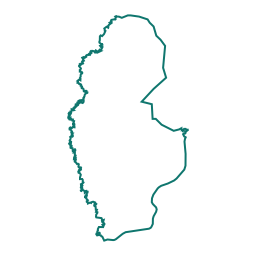 outline of General Alvear, Corrientes, Argentina
{"feature_id": "61730980B3479013569835", "entity_name": "General Alvear", "entity_type": "district", "adm_level": 2, "iso_a3": "ARG", "parent_name": "Argentina", "parent_adm1": "Corrientes", "projection": "mercator", "projection_center": [-56.591, -28.773], "detail": "fine", "context": "isolated", "style": "outline", "palette": "teal", "viewbox_px": 256, "rotation_deg": 0, "n_neighbors": 0, "source": "geoboundaries", "source_scale": "gbopen_adm2", "svg_char_len": 5594}
<svg xmlns="http://www.w3.org/2000/svg" viewBox="0 0 256 256"><path d="M115.4,16.5L116.1,17.1L115.4,18.2L115.6,19.2L115.3,19.5L113.9,19.4L111.4,19.9L110.7,21.4L110.7,21.8L111.6,21.9L111.6,23.0L111.1,23.3L110.4,22.6L109.6,22.8L110.1,23.6L109.9,24.2L108.8,24.9L108.7,25.4L108.0,26.0L108.4,26.9L108.2,27.7L106.5,26.8L104.3,28.5L104.8,29.8L104.7,30.7L105.4,31.0L104.0,34.1L102.1,36.1L100.7,35.4L99.9,36.3L99.8,40.4L99.3,42.0L99.5,42.7L101.2,44.0L102.1,44.0L102.4,44.8L100.1,45.8L100.8,46.8L101.7,46.4L102.5,47.0L101.2,49.7L99.8,49.5L99.1,50.4L99.3,51.0L100.2,50.6L101.0,50.9L97.6,52.5L97.4,52.1L98.2,51.4L97.3,51.3L96.5,52.3L95.8,51.9L95.7,51.4L96.9,51.1L95.8,50.4L95.1,51.8L95.4,52.5L94.9,52.5L94.5,52.0L94.6,51.3L92.0,50.8L91.7,51.0L91.7,51.8L91.1,51.9L90.6,51.4L90.3,51.9L90.3,52.5L90.9,53.2L90.5,53.3L90.3,54.1L89.7,53.4L89.0,53.8L88.9,54.3L89.5,54.7L89.0,55.0L87.3,54.8L86.3,55.4L86.0,56.0L86.4,56.0L86.3,56.8L85.6,57.2L85.3,56.9L84.6,57.9L84.3,57.8L84.4,57.3L83.8,57.0L82.2,57.7L83.9,60.7L83.1,61.1L82.7,60.8L82.1,61.6L82.9,63.0L82.5,63.1L82.7,63.6L81.9,63.9L81.6,63.3L81.0,63.9L80.1,63.8L79.8,64.0L80.3,65.2L79.1,65.6L79.0,66.1L80.9,68.4L80.4,69.8L79.8,70.0L79.8,71.5L80.5,71.4L80.7,71.9L82.0,72.2L82.3,72.9L82.1,73.4L81.3,73.4L80.6,75.0L80.7,76.5L80.0,77.8L80.5,78.6L80.4,80.3L79.1,79.6L77.8,80.6L77.5,80.9L78.0,81.1L78.0,82.0L77.5,82.8L79.1,83.4L79.2,84.0L80.6,84.1L81.1,84.7L80.6,85.7L82.0,86.4L82.1,86.9L81.5,87.2L81.7,88.2L82.7,88.3L83.5,89.0L83.8,91.3L84.5,91.6L85.1,90.9L85.9,90.9L85.8,91.9L86.6,91.5L86.7,92.2L87.4,92.4L87.3,92.9L85.6,93.6L84.7,94.8L84.5,96.3L84.1,96.7L84.1,97.7L83.4,97.9L83.3,98.4L83.3,99.4L83.7,99.9L83.6,101.9L82.7,103.0L79.9,102.1L80.0,101.1L80.7,101.6L81.5,101.1L81.7,100.7L81.5,100.1L79.7,100.3L78.4,101.0L78.5,101.4L79.0,101.4L78.6,102.0L77.3,102.5L77.3,103.0L78.5,102.5L79.3,102.6L79.4,103.0L77.7,103.7L78.3,104.4L78.1,105.0L76.7,105.9L77.0,104.6L75.7,104.4L75.4,106.1L76.0,106.7L75.6,107.1L74.3,107.2L74.1,107.5L74.6,108.3L74.2,108.8L73.3,108.6L73.3,109.2L72.6,109.7L71.6,109.3L71.6,109.9L72.9,110.4L71.5,110.7L70.8,112.0L70.4,111.9L70.5,112.7L71.1,112.9L71.0,113.2L70.1,113.4L69.0,112.9L68.8,113.3L69.7,113.6L69.7,114.5L70.2,114.8L69.9,115.2L69.3,114.6L69.0,114.7L69.6,116.1L69.5,116.5L68.5,116.4L68.2,117.8L68.6,118.5L70.3,117.9L69.8,119.5L70.9,119.7L70.7,119.0L71.1,118.8L71.8,119.4L72.9,119.5L72.6,120.7L74.1,121.1L73.7,122.6L73.0,123.4L73.0,123.9L74.2,123.8L74.4,124.1L73.3,125.1L73.4,125.5L74.2,125.9L74.0,126.3L74.5,126.8L74.5,127.3L72.5,127.1L71.9,128.1L71.1,128.0L70.5,128.6L70.1,127.6L69.7,127.9L69.5,128.6L69.6,129.5L70.8,129.8L72.1,131.7L72.0,132.2L71.3,132.4L71.4,132.8L72.6,133.2L72.0,133.7L71.7,134.7L72.6,134.8L72.9,136.0L72.4,136.7L70.8,136.6L70.2,137.0L70.6,137.7L70.6,138.8L69.6,140.5L69.7,140.9L71.1,141.7L71.0,143.2L70.5,143.8L70.1,142.9L69.6,142.9L69.1,143.7L69.9,144.8L70.9,144.9L71.7,145.8L71.6,146.3L70.6,146.5L70.4,146.9L70.6,147.9L72.5,148.2L72.8,151.3L73.5,151.2L74.6,149.3L75.1,149.3L75.3,149.8L75.3,150.3L74.3,150.5L74.8,151.2L74.8,151.9L74.2,152.6L74.9,152.6L74.8,155.0L75.6,155.4L75.7,155.8L74.7,156.4L74.1,157.4L74.0,158.5L75.2,157.7L75.8,158.0L75.4,158.8L75.9,159.7L75.7,160.0L75.1,159.7L74.8,160.1L75.2,160.8L74.7,161.0L74.7,161.6L76.0,162.6L77.0,164.0L77.9,163.7L78.8,164.3L78.4,166.7L78.7,167.2L80.9,167.4L81.1,167.8L80.8,168.5L81.0,169.6L79.6,170.5L79.8,169.7L79.4,169.4L78.8,170.3L79.3,171.1L78.3,171.8L78.6,172.8L79.9,173.2L80.8,174.8L80.0,177.4L80.0,179.1L82.2,179.0L82.8,180.0L82.7,181.7L83.5,182.4L83.2,182.9L80.9,184.2L81.0,185.2L82.3,185.1L82.5,185.5L81.8,186.7L81.2,186.5L80.8,187.3L80.9,187.8L82.2,187.8L82.4,188.2L82.0,189.4L80.8,190.4L80.9,190.8L81.3,191.0L82.2,190.1L83.3,190.1L84.7,191.3L84.8,192.7L85.4,192.2L85.1,191.4L85.6,191.0L86.2,190.9L86.3,192.3L86.7,192.5L87.2,191.5L87.6,191.6L87.5,192.6L86.6,193.0L86.9,195.4L86.7,196.0L86.4,196.4L85.8,195.4L85.0,196.5L85.0,197.3L85.6,197.5L85.9,196.9L86.3,197.0L86.2,198.5L87.8,200.2L86.7,201.2L86.8,201.9L87.8,202.2L87.9,203.5L90.1,202.6L91.1,203.0L91.5,202.2L93.1,201.7L95.2,202.5L95.3,203.2L94.6,203.5L94.5,204.1L95.2,204.1L95.8,203.6L96.3,204.0L95.9,204.6L94.5,204.6L94.2,205.3L94.4,206.0L95.6,206.7L95.8,209.7L96.9,209.8L96.0,211.9L97.4,212.2L97.4,212.8L96.2,214.6L96.0,216.8L96.3,217.4L101.5,218.1L102.0,219.3L101.9,220.0L102.4,220.3L103.7,219.9L103.4,221.0L102.1,221.2L102.1,221.8L103.5,222.6L104.5,224.0L104.2,224.6L102.8,224.4L102.4,224.7L103.5,226.1L103.1,227.1L98.9,227.0L97.8,229.2L98.0,230.3L97.3,231.4L97.3,232.2L98.0,232.8L99.5,232.7L99.8,233.2L99.6,233.6L98.9,233.8L97.0,233.3L96.5,233.5L96.3,234.3L97.1,235.4L98.9,235.0L100.9,235.4L101.3,236.3L102.3,236.6L104.2,240.6L107.5,239.5L113.2,240.1L114.5,239.9L115.9,239.2L122.7,233.8L125.6,232.2L149.0,228.7L150.7,227.8L151.5,226.7L152.8,223.9L152.9,218.7L153.6,216.3L156.1,211.8L156.7,209.4L156.1,207.4L152.8,204.0L151.8,202.2L152.0,198.3L153.4,194.6L157.7,188.4L159.0,187.2L161.2,185.8L167.9,183.5L174.1,180.5L176.6,178.5L184.3,169.6L185.5,165.7L185.6,153.9L184.5,141.6L185.0,138.9L185.7,137.3L184.2,136.4L183.1,134.2L183.6,133.4L184.9,133.6L185.3,133.3L185.6,132.8L185.1,131.4L185.8,131.6L187.8,130.1L187.7,129.7L186.4,129.9L185.7,128.9L184.1,128.9L183.2,130.2L183.5,130.7L182.8,131.0L182.6,130.3L181.9,130.3L182.1,129.8L181.6,129.4L181.5,128.5L181.2,128.8L180.8,128.5L179.2,129.4L173.7,130.8L161.6,124.7L155.8,118.9L152.6,118.9L151.8,104.2L141.7,101.7L153.6,88.9L166.1,77.7L163.1,67.8L165.1,45.9L160.6,39.8L156.3,35.7L153.6,26.5L149.7,22.7L147.6,19.4L139.1,16.6L130.6,15.4L127.8,15.4L121.8,17.8L119.1,16.7L116.8,16.5L116.2,16.1L115.4,16.5Z" fill="none" stroke="#0f766e" stroke-width="2"/></svg>